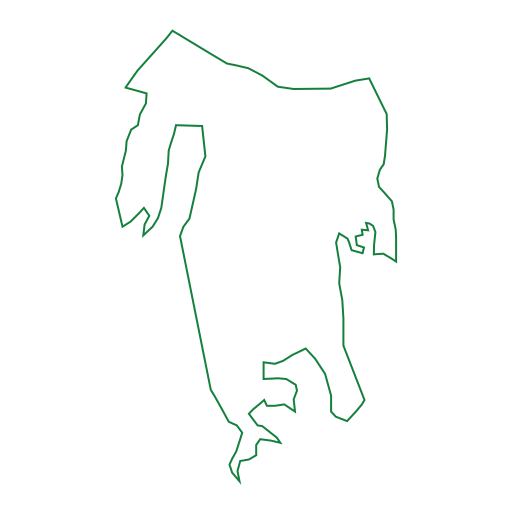 outline of Saha-gu, Busan, South Korea
{"feature_id": "91817680B15590775835688", "entity_name": "Saha-gu", "entity_type": "district", "adm_level": 2, "iso_a3": "KOR", "parent_name": "South Korea", "parent_adm1": "Busan", "projection": "equal_earth", "projection_center": [128.975, 35.079], "detail": "fine", "context": "isolated", "style": "outline", "palette": "green", "viewbox_px": 512, "rotation_deg": 0, "n_neighbors": 0, "source": "geoboundaries", "source_scale": "gbopen_adm2", "svg_char_len": 1920}
<svg xmlns="http://www.w3.org/2000/svg" viewBox="0 0 512 512"><path d="M373.8,254.4L375.6,254.2L383.3,253.7L392.7,259.3L396.1,261.6L396.1,250.9L396.1,237.0L395.7,229.6L393.6,219.4L393.6,209.6L391.9,201.3L383.7,192.0L379.0,186.9L377.3,178.5L379.9,169.7L383.7,164.2L385.0,155.8L387.1,129.4L386.7,114.1L369.2,78.5L369.2,78.4L355.1,80.7L330.7,88.6L293.6,89.0L277.8,86.7L262.4,75.6L248.3,68.2L236.3,65.4L226.9,63.5L210.3,53.6L173.4,31.3L172.4,30.7L172.1,31.1L166.4,38.3L137.5,70.6L125.7,87.3L125.6,87.6L146.6,93.4L145.9,103.5L139.9,114.4L137.9,125.2L131.2,129.6L126.6,141.2L125.9,150.6L121.9,166.5L122.5,175.2L121.2,183.9L118.5,192.6L115.9,198.4L122.5,226.7L130.6,221.6L139.3,212.9L143.9,207.9L149.3,215.8L144.6,224.5L143.3,235.4L152.6,226.7L158.0,218.0L161.3,207.9L164.7,183.9L166.0,175.2L168.0,163.6L168.7,150.6L171.3,141.9L174.0,133.9L176.0,125.2L202.1,126.0L205.4,156.4L198.7,172.3L196.1,189.0L192.7,204.2L189.4,218.7L183.4,226.7L180.0,236.1L210.8,389.9L214.8,396.4L222.1,409.5L228.8,421.8L236.8,425.4L242.2,432.7L240.2,439.2L236.2,451.5L232.1,458.8L229.5,464.6L232.1,472.6L239.5,481.3L237.5,471.1L240.2,461.0L248.9,459.5L256.2,455.2L256.2,445.0L260.2,439.2L270.9,440.6L280.3,442.8L276.9,437.7L262.2,426.1L257.6,425.4L248.9,413.8L252.9,409.5L260.9,402.9L264.2,400.0L266.9,405.8L274.9,405.8L284.3,404.4L295.0,411.6L293.7,399.3L297.0,390.6L295.7,384.8L286.3,379.0L278.3,378.3L263.6,379.0L263.6,362.3L274.9,363.8L283.0,360.9L292.3,355.0L305.7,348.5L315.1,358.7L325.1,373.9L331.1,395.7L331.1,403.6L331.1,411.6L335.8,416.7L347.1,421.1L356.5,410.9L361.9,404.4L364.5,400.0L343.4,345.6L343.4,318.4L342.3,300.2L339.2,283.3L340.2,267.4L338.1,254.9L336.1,242.5L339.2,233.4L347.5,238.6L348.9,241.9L351.6,250.2L362.6,253.2L364.0,247.5L356.8,245.1L355.7,236.5L362.6,234.8L361.8,229.7L368.1,230.3L366.1,222.9L369.4,223.5L373.0,225.8L374.4,229.4L375.4,232.1L374.1,244.6L373.8,254.4Z" fill="none" stroke="#15803d" stroke-width="2"/></svg>